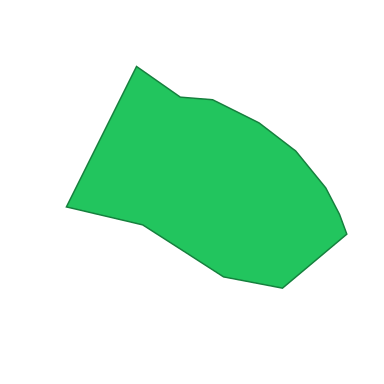 outline of Al Bayda City, Al Bayda', Yemen, rotated 140°
{"feature_id": "15242507B46514992266380", "entity_name": "Al Bayda City", "entity_type": "district", "adm_level": 2, "iso_a3": "YEM", "parent_name": "Yemen", "parent_adm1": "Al Bayda'", "projection": "natural_earth1", "projection_center": [45.571, 13.982], "detail": "fine", "context": "isolated", "style": "filled", "palette": "green", "viewbox_px": 384, "rotation_deg": 140, "n_neighbors": 0, "source": "geoboundaries", "source_scale": "gbopen_adm2", "svg_char_len": 342}
<svg xmlns="http://www.w3.org/2000/svg" viewBox="0 0 384 384"><g transform="rotate(140 192 192)"><path d="M184.5,60.2L100.5,60.2L93.4,80.0L86.9,109.2L86.2,156.8L87.3,161.5L96.2,201.8L116.9,249.4L140.0,272.2L153.8,323.8L297.8,261.3L250.9,198.5L236.4,152.0L222.4,106.7L184.5,60.2Z" fill="#22c55e" stroke="#15803d" stroke-width="1.5"/></g></svg>